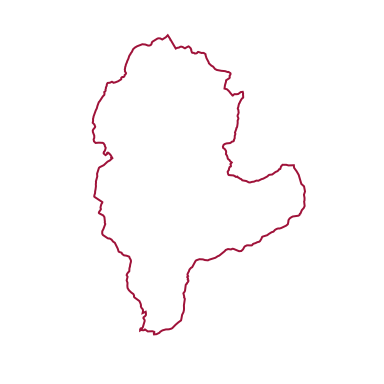 Pietroasa, Timis, Romania, rotated 13°
{"feature_id": "2599482B40704425505074", "entity_name": "Pietroasa", "entity_type": "district", "adm_level": 2, "iso_a3": "ROU", "parent_name": "Romania", "parent_adm1": "Timis", "projection": "albers", "projection_center": [22.44, 45.772], "detail": "fine", "context": "isolated", "style": "outline", "palette": "rose", "viewbox_px": 384, "rotation_deg": 13, "n_neighbors": 0, "source": "geoboundaries", "source_scale": "gbopen_adm2", "svg_char_len": 5964}
<svg xmlns="http://www.w3.org/2000/svg" viewBox="0 0 384 384"><g transform="rotate(13 192 192)"><path d="M205.9,325.0L208.1,322.0L210.2,319.6L210.2,317.8L210.0,313.9L210.7,311.1L210.7,308.9L210.4,307.2L209.6,304.2L209.1,298.1L208.9,297.4L208.0,296.5L207.9,295.6L206.4,292.6L207.2,290.8L207.4,289.8L206.8,283.9L207.2,282.9L207.7,282.4L207.6,281.9L208.4,280.3L208.5,279.7L208.3,278.8L207.7,278.6L207.5,278.3L207.5,276.9L206.5,276.0L206.6,275.4L207.1,274.8L206.3,273.8L206.1,273.2L206.4,271.5L206.8,270.1L207.0,268.1L208.1,266.1L209.1,265.2L210.9,258.6L211.5,257.6L214.4,255.8L217.8,255.2L219.9,255.4L222.9,255.0L224.1,254.0L229.6,250.8L231.4,248.9L232.9,247.8L237.1,242.4L237.9,240.9L239.9,239.5L242.9,239.2L244.2,238.2L245.3,238.1L251.2,239.1L253.3,238.4L254.6,236.4L255.4,233.6L256.0,232.8L257.6,231.6L262.2,230.6L262.7,230.0L263.0,229.1L263.7,228.5L265.4,227.5L266.8,226.3L268.7,225.3L269.3,224.5L270.1,222.1L270.5,219.9L271.0,219.5L275.1,217.1L276.1,215.8L278.6,213.3L280.3,212.3L281.3,210.4L282.7,209.0L284.2,208.1L285.2,208.0L286.9,207.1L291.2,203.7L292.6,201.9L292.6,199.2L292.4,198.8L292.4,197.6L293.1,195.8L294.5,194.2L295.7,193.2L300.9,191.2L301.7,190.5L301.9,190.2L302.0,189.0L302.5,188.6L303.1,185.0L304.5,182.4L304.9,180.3L303.4,176.0L303.5,174.9L303.0,172.5L301.7,169.5L302.0,166.1L299.9,161.3L296.7,159.5L292.1,151.3L289.3,148.3L286.1,145.5L285.8,144.8L285.2,143.0L280.1,144.4L277.8,144.3L274.1,145.1L273.0,147.1L272.8,149.7L271.7,150.3L271.6,150.8L270.7,152.4L268.9,153.7L266.2,156.9L263.4,157.9L262.8,158.5L262.0,159.8L258.4,163.0L256.9,163.8L254.1,166.1L252.2,166.4L250.0,168.0L248.3,168.6L246.3,169.7L245.0,169.8L242.5,169.1L238.4,169.3L237.1,168.4L235.4,168.1L234.1,167.5L233.6,167.5L232.7,166.8L231.7,167.4L231.2,167.4L230.4,166.9L229.9,167.0L228.9,166.5L224.2,167.2L223.7,167.0L223.1,166.3L222.2,164.3L222.7,162.6L223.0,162.2L222.8,161.1L223.0,159.3L224.1,158.3L223.8,157.0L223.2,156.3L223.2,155.9L223.6,155.4L224.1,154.3L222.2,153.4L221.2,152.3L220.1,152.0L219.3,151.3L218.6,149.8L217.8,148.6L216.5,147.4L216.3,145.4L215.8,144.2L214.3,142.8L212.4,142.0L211.9,140.8L212.2,138.9L213.1,137.9L214.7,136.9L218.0,135.8L218.7,135.2L219.6,134.0L220.9,133.3L221.3,132.6L221.1,131.7L221.5,130.2L221.0,127.5L221.2,126.4L221.1,125.4L220.5,124.5L221.0,120.4L220.8,119.9L221.2,119.0L221.3,118.2L221.0,114.6L220.4,112.2L220.7,110.2L220.3,109.2L219.4,108.0L219.2,106.9L219.5,105.8L219.6,104.2L218.6,101.4L217.9,100.6L217.8,100.2L218.0,98.5L217.9,97.2L218.0,95.1L218.4,94.5L218.6,92.8L219.0,91.9L219.0,91.4L219.5,90.1L220.0,89.2L220.4,88.9L220.6,88.3L219.7,85.2L219.6,84.4L218.9,83.0L217.0,83.7L215.1,86.0L213.8,86.6L211.4,87.1L210.6,87.9L210.2,88.7L209.8,88.9L207.0,86.8L205.6,85.6L203.1,84.1L200.4,83.9L200.1,80.5L200.3,76.9L200.1,75.5L202.8,72.7L203.0,72.0L202.5,70.2L203.0,69.0L203.0,68.3L202.8,67.7L202.5,67.5L200.6,66.8L199.7,67.1L197.0,66.8L193.4,67.3L188.8,67.5L186.8,67.0L184.4,65.1L182.4,64.5L179.5,62.8L179.1,61.9L176.0,58.3L174.5,55.7L174.2,54.7L172.6,54.0L171.6,53.9L170.2,54.4L166.6,54.1L166.3,54.2L165.5,55.6L164.7,56.1L163.4,56.4L162.5,56.0L161.0,56.3L160.5,56.0L159.4,54.2L159.3,53.6L158.4,52.3L156.5,51.1L155.8,50.9L153.9,52.5L153.0,53.5L152.6,53.6L150.2,52.8L148.7,52.8L148.0,53.1L146.8,54.2L145.1,54.9L143.9,55.9L136.9,48.5L136.6,48.5L136.2,47.7L133.1,44.7L131.7,47.1L128.7,50.1L126.4,49.5L124.7,49.8L123.8,50.3L119.6,54.5L119.3,55.3L119.2,57.1L118.7,58.1L117.7,58.8L116.3,59.2L113.4,58.8L110.4,59.2L105.8,62.3L103.9,64.1L102.5,66.1L101.9,69.0L101.0,71.0L101.0,71.7L100.4,72.9L100.2,74.0L100.0,76.5L99.4,79.3L99.4,80.2L98.9,82.8L99.0,84.0L98.8,85.1L99.0,87.0L98.9,87.5L99.4,88.8L99.5,89.5L101.0,91.0L100.8,92.2L100.1,93.1L100.2,93.5L100.0,94.7L99.4,95.4L98.4,95.6L97.8,96.0L97.4,96.8L97.7,97.8L97.6,98.2L95.0,100.8L92.0,102.8L91.2,102.9L90.9,103.2L89.2,102.6L87.4,104.0L85.3,104.7L85.0,105.3L84.8,106.3L85.0,107.7L84.6,109.6L84.8,110.3L84.7,111.8L85.0,112.6L84.8,113.5L84.0,114.4L84.6,115.8L84.7,117.1L83.6,118.9L81.6,124.4L81.0,125.4L80.5,129.3L80.4,132.1L79.9,133.9L79.1,140.6L79.2,141.8L79.1,143.0L79.6,144.8L79.7,146.9L81.7,148.2L83.0,150.2L82.9,150.9L81.7,153.3L81.5,154.4L81.9,155.8L84.1,159.1L84.6,161.3L84.3,162.8L85.1,164.7L87.0,165.9L90.1,164.9L93.9,164.2L95.0,164.5L95.7,165.3L96.3,165.7L96.8,166.9L98.0,168.4L97.9,170.7L97.6,172.1L97.2,172.6L97.1,173.8L97.3,174.4L99.5,175.5L100.9,173.8L100.5,173.2L101.2,172.5L102.7,173.1L104.6,174.5L106.1,176.2L105.5,176.7L105.7,177.1L106.3,176.9L106.2,176.7L106.4,176.5L106.8,176.9L104.8,179.8L102.9,181.4L100.0,185.7L96.4,188.7L95.9,189.5L95.4,195.6L96.2,198.1L96.0,203.3L96.4,204.6L96.5,205.9L97.1,208.0L97.4,210.9L97.5,213.3L97.8,214.9L97.6,217.2L97.8,218.5L98.6,218.9L106.9,222.0L107.0,222.6L106.4,224.3L106.3,226.5L106.4,228.0L107.1,229.1L106.7,230.6L106.0,232.1L105.9,233.1L106.0,233.4L106.5,233.7L110.8,234.8L112.3,236.2L113.8,240.5L113.9,241.5L114.7,242.7L114.0,248.0L113.4,250.4L113.8,252.5L114.3,253.4L115.0,254.0L120.2,256.0L120.8,256.1L122.1,255.8L124.3,256.5L126.3,258.1L128.2,258.8L132.3,263.8L133.9,266.5L134.7,266.8L137.0,267.0L138.1,268.2L140.0,269.0L142.5,268.8L145.2,269.1L145.5,269.3L146.0,270.2L147.4,271.7L147.9,272.5L148.2,273.7L148.1,276.5L148.3,278.5L148.2,280.5L148.6,282.6L148.7,283.5L147.9,284.6L147.2,286.3L147.0,287.7L148.3,289.1L148.2,292.8L149.6,295.0L150.1,297.9L150.8,300.0L152.3,301.6L153.1,302.2L155.4,303.6L157.8,304.6L158.8,305.8L159.0,307.0L159.5,307.6L165.3,310.1L167.1,312.5L167.8,313.9L167.8,314.7L168.1,315.3L168.8,316.2L170.4,317.4L170.8,318.1L171.1,319.6L171.1,321.1L173.8,319.1L174.2,320.0L174.7,321.8L174.7,322.5L174.2,323.5L173.0,325.0L173.0,325.5L173.0,325.8L174.6,327.4L174.9,328.3L174.5,334.8L174.1,335.9L172.9,336.3L172.6,336.6L172.4,337.7L172.6,338.6L173.3,337.9L175.6,337.7L176.6,337.2L177.1,336.5L180.3,337.8L184.6,336.6L186.4,336.7L186.8,336.9L186.7,338.7L187.0,339.3L189.4,338.5L191.9,336.5L192.5,335.3L194.3,333.5L197.4,331.8L200.4,331.0L202.6,329.8L203.4,329.1L205.9,325.0Z" fill="none" stroke="#9f1239" stroke-width="2"/></g></svg>